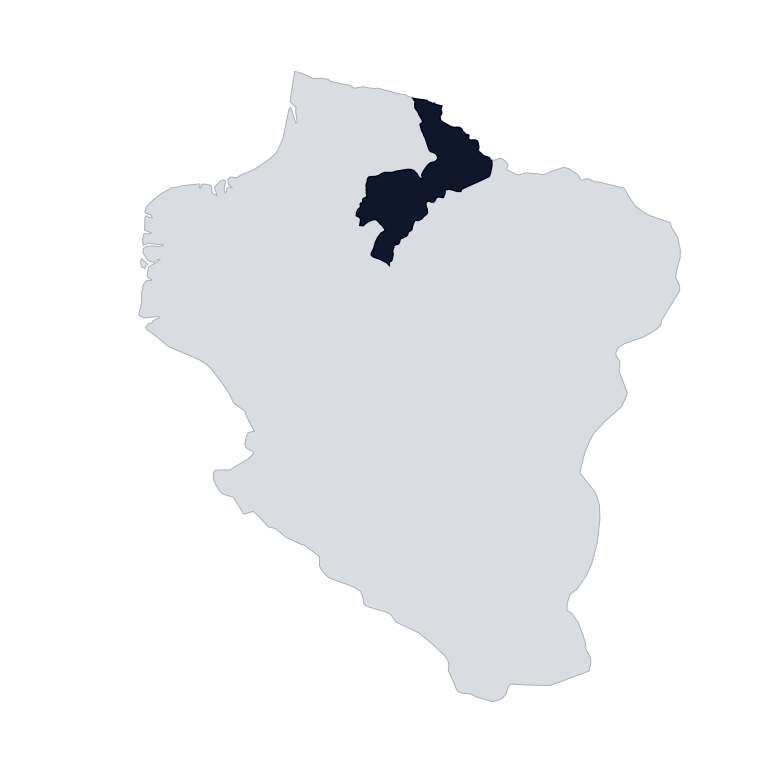 where Kwara sits in Nigeria, rotated 102°
{"feature_id": "NGA-2849", "entity_name": "Kwara", "entity_type": "State", "adm_level": 1, "iso_a3": "NGA", "parent_name": "Nigeria", "parent_adm1": "", "projection": "natural_earth1", "projection_center": [4.317, 9.059], "detail": "fine", "context": "in_parent", "style": "filled", "palette": "ink", "viewbox_px": 768, "rotation_deg": 102, "n_neighbors": 0, "source": "natural_earth", "source_scale": "10m", "svg_char_len": 7229}
<svg xmlns="http://www.w3.org/2000/svg" viewBox="0 0 768 768"><g transform="rotate(102 384 384)"><path d="M622.0,123.6L644.4,158.9L649.3,185.1L651.2,198.0L654.9,199.5L661.8,200.2L666.8,202.8L669.8,207.1L671.7,211.1L672.1,213.5L670.8,229.2L669.2,234.9L670.2,242.6L669.9,245.9L669.2,248.2L666.2,250.8L662.0,253.3L652.1,260.8L649.2,261.9L645.0,262.1L641.4,264.0L637.1,268.0L628.0,283.0L620.2,298.1L614.5,322.5L607.6,330.1L606.4,336.9L605.4,352.1L604.3,356.7L603.2,358.0L595.7,360.9L591.4,364.4L588.8,371.3L585.6,394.8L584.5,398.6L582.0,402.7L578.2,407.1L574.9,409.5L566.2,411.1L558.1,428.7L558.0,431.8L554.4,447.8L548.1,459.9L547.7,467.7L539.9,478.3L535.8,485.5L540.0,493.1L540.4,494.3L526.8,507.1L526.0,509.0L525.4,517.8L524.4,520.2L521.9,523.5L518.2,527.0L514.5,529.8L510.3,531.7L506.2,532.4L503.9,531.3L502.6,528.6L500.3,517.8L499.1,515.5L496.5,513.4L485.9,501.5L479.6,497.3L478.2,497.6L477.1,498.7L475.4,504.7L473.6,506.9L470.2,507.7L464.4,507.8L460.2,506.9L459.2,505.7L457.2,501.0L444.1,511.9L439.6,514.3L433.8,527.1L425.6,533.5L419.9,539.1L404.8,556.5L401.8,561.7L398.8,569.3L392.3,602.1L381.9,622.6L380.5,627.0L379.9,626.8L378.5,628.7L374.4,627.5L372.6,623.7L370.1,623.1L365.8,617.5L364.8,618.4L369.4,632.6L367.8,638.1L354.9,638.2L343.9,640.1L336.3,639.9L332.5,637.9L330.8,632.6L330.1,633.2L329.7,636.0L327.3,638.2L318.8,638.7L315.0,635.0L312.0,631.0L308.7,629.2L309.2,630.9L313.0,634.8L312.5,640.5L305.7,647.1L301.3,647.5L298.6,644.6L297.2,640.0L296.5,633.2L294.7,628.7L293.7,628.7L294.9,636.1L295.0,643.1L298.3,648.4L293.2,650.1L287.2,650.3L286.5,648.3L285.7,643.8L284.6,642.7L283.4,650.2L271.1,652.4L269.3,652.0L268.9,650.6L269.9,648.5L269.7,645.1L266.9,647.8L266.5,653.0L264.9,653.8L260.2,653.1L255.1,650.4L246.7,643.8L236.5,633.1L234.8,628.2L231.9,622.3L226.6,606.0L227.5,605.2L229.9,606.1L231.1,604.6L226.8,603.5L225.9,602.3L225.6,598.7L225.8,594.3L232.3,592.0L233.8,589.3L234.6,586.6L226.7,590.7L219.2,586.0L217.6,583.3L218.4,581.1L227.1,580.9L230.1,578.9L228.2,578.1L225.0,578.2L223.7,576.8L223.8,573.5L222.8,574.2L221.4,577.2L216.4,579.4L213.4,577.2L213.1,572.3L212.5,570.1L210.0,568.4L201.2,555.6L190.2,544.8L180.4,537.4L165.6,533.9L134.6,534.1L132.9,533.0L134.8,531.3L137.5,530.2L147.5,524.2L145.8,523.4L135.4,527.2L131.9,527.5L127.3,534.7L96.8,536.3L96.9,533.0L98.2,523.6L100.1,517.0L98.0,509.1L97.6,501.9L98.8,499.7L99.3,497.0L99.0,478.6L100.6,475.9L100.7,474.0L97.5,466.2L97.5,460.2L96.9,454.4L95.9,451.7L97.1,429.3L96.7,423.7L97.7,419.8L98.3,410.1L98.2,400.6L100.3,385.7L113.3,383.7L116.5,377.8L118.3,370.4L117.8,363.0L122.0,356.6L127.1,350.9L126.9,344.6L128.3,342.7L130.8,341.2L134.2,340.5L138.1,337.4L140.3,331.9L142.4,323.1L139.1,317.0L139.1,315.7L140.4,312.4L142.5,309.1L144.1,308.1L147.9,308.9L149.1,307.6L151.5,298.0L151.3,295.4L147.8,288.9L145.9,271.4L144.8,269.1L142.1,265.9L134.8,253.6L135.0,247.8L138.0,240.3L140.0,236.7L142.8,234.7L143.4,233.0L142.6,230.9L141.2,229.3L140.8,225.9L142.2,221.3L141.8,216.1L142.5,189.8L148.5,184.6L157.1,176.0L161.5,167.0L163.8,160.2L166.7,137.5L171.3,135.1L179.9,126.9L191.6,122.0L199.2,120.5L212.6,121.5L219.4,120.7L225.1,116.2L227.7,114.9L231.4,114.2L264.7,125.9L267.8,125.4L270.3,126.2L274.5,129.3L284.3,140.3L294.7,157.3L297.9,160.9L301.1,162.9L304.4,163.6L306.9,163.3L309.2,161.7L312.4,158.5L317.3,157.0L321.3,157.3L342.1,144.3L344.1,144.1L356.8,146.9L374.3,160.0L388.5,168.5L398.5,171.3L410.2,173.4L430.2,174.0L445.2,155.7L450.8,151.7L457.5,148.1L471.5,144.7L494.7,142.4L516.5,143.4L530.1,146.6L544.5,152.5L550.7,158.2L560.4,159.2L567.3,158.0L569.5,152.4L576.4,144.9L586.8,138.0L595.2,133.2L602.2,131.0L608.4,125.5L613.4,123.8L622.0,123.6ZM319.6,645.9L314.9,647.6L311.8,647.2L316.1,639.8L318.2,641.4L320.9,642.0L319.6,645.9Z" fill="#d9dde1" stroke="#a8b0b8" stroke-width="1"/><path d="M136.0,340.8L136.9,339.8L138.1,337.2L139.7,335.0L140.2,333.9L140.5,329.1L140.8,328.2L141.5,327.4L142.3,327.0L142.9,326.5L143.3,325.2L143.3,324.9L143.6,324.8L147.8,323.9L155.6,323.7L158.9,324.2L160.2,325.5L176.5,347.6L177.2,348.3L178.0,348.8L179.6,348.8L180.4,352.6L179.9,357.1L179.9,361.3L181.5,364.5L185.0,364.0L189.2,364.7L189.3,365.0L189.5,367.2L189.4,368.2L189.5,368.2L189.6,369.2L189.8,370.1L190.2,370.9L190.9,371.5L191.7,371.9L194.1,372.3L195.4,372.9L196.0,374.1L196.1,375.6L195.8,377.2L195.9,378.9L196.8,380.0L198.2,380.5L199.6,380.4L201.6,379.7L203.8,378.3L206.9,377.2L207.5,377.1L208.2,377.3L209.4,378.0L209.4,378.3L210.3,378.7L211.9,380.0L214.5,381.4L215.2,382.0L216.0,383.3L216.8,384.3L217.1,384.9L217.1,385.4L217.1,386.0L217.1,386.7L217.5,387.4L218.0,387.9L218.8,388.2L223.4,389.0L226.6,388.8L227.3,389.0L227.9,389.3L228.4,389.8L229.3,390.8L229.9,391.4L230.5,391.7L231.1,391.9L232.6,391.9L233.3,392.1L233.9,392.4L234.6,392.8L234.9,393.1L235.5,394.0L236.5,395.0L237.0,395.6L237.3,396.2L237.8,397.1L238.0,397.4L238.6,398.0L239.4,398.3L242.2,398.4L242.5,398.4L243.6,398.9L244.0,399.0L244.6,400.2L245.3,401.3L245.9,402.3L246.2,402.7L246.7,402.9L249.3,402.9L251.4,403.2L252.2,403.3L252.7,403.1L254.3,402.3L255.5,402.0L260.8,402.0L261.5,402.1L262.2,402.4L263.7,404.0L264.1,404.2L266.7,403.6L264.7,406.6L262.7,414.4L262.0,420.2L261.5,421.9L260.5,423.2L258.9,423.6L253.6,422.2L246.9,421.8L242.1,420.6L237.2,418.4L234.8,415.7L232.9,414.8L230.7,417.1L225.2,425.0L224.8,426.9L226.3,430.1L227.0,431.1L227.8,431.9L228.3,432.9L230.3,435.0L233.5,437.3L233.9,440.7L228.7,440.9L227.0,441.5L225.9,442.9L225.7,444.7L225.1,446.1L224.6,446.2L224.2,446.1L222.2,446.5L221.0,446.2L219.1,446.0L215.9,443.7L212.8,444.7L211.8,444.2L211.6,443.3L211.0,442.9L210.3,442.7L207.5,443.1L206.1,442.0L205.1,440.1L203.0,440.0L201.1,441.0L198.4,441.2L198.1,441.6L198.0,441.3L196.7,441.6L195.4,442.2L192.7,442.9L189.5,442.5L186.4,442.7L185.6,442.1L184.8,441.9L184.2,440.8L182.8,435.5L181.0,432.2L179.8,431.2L178.7,430.1L176.9,427.1L175.3,419.6L173.5,416.6L169.2,405.6L168.6,402.2L169.2,398.8L170.3,397.6L171.1,396.2L172.3,394.8L173.9,393.7L175.6,391.0L174.7,388.8L172.3,390.5L171.0,390.5L167.5,389.6L161.7,387.2L159.6,385.9L157.7,384.1L156.6,381.6L155.2,379.6L153.0,378.4L150.7,378.7L148.5,380.5L147.3,383.2L146.9,386.9L145.9,388.1L144.8,389.0L134.8,394.8L132.7,396.6L130.8,397.7L128.6,399.6L122.9,402.6L122.3,402.7L121.8,402.0L121.2,401.7L120.8,401.1L120.0,400.9L119.3,401.0L118.1,401.4L117.1,402.1L115.1,404.1L114.2,404.8L113.4,405.5L113.0,406.0L111.9,406.5L109.3,409.0L108.4,410.3L107.2,411.2L103.4,412.2L102.5,412.1L101.5,412.1L99.0,414.6L98.7,415.0L97.7,401.2L97.7,400.6L98.0,400.2L98.8,399.7L99.1,399.4L99.2,398.9L98.9,398.1L98.8,397.6L99.0,396.7L99.6,395.1L99.7,394.2L99.5,393.9L99.2,393.8L99.0,393.6L98.9,393.2L99.1,393.1L99.6,392.1L99.8,391.8L100.0,390.2L100.1,386.7L100.0,385.2L103.7,385.5L104.4,385.4L104.8,385.0L105.2,384.5L105.8,384.1L106.3,384.0L107.8,384.0L108.3,384.0L108.8,384.3L109.3,384.7L109.8,385.0L110.3,385.0L113.6,384.0L114.8,383.0L115.6,381.3L117.2,375.5L118.2,373.3L118.5,372.2L118.5,368.5L118.3,367.6L117.7,365.8L117.4,364.2L117.6,362.7L118.5,360.9L118.9,360.6L119.6,360.3L120.0,360.0L123.0,355.5L123.0,355.2L122.8,354.5L122.7,354.1L123.1,352.7L123.8,352.5L124.8,352.7L125.6,352.7L127.2,351.7L127.6,350.2L127.2,348.5L126.6,346.8L126.4,345.7L126.5,344.4L126.9,343.3L127.7,342.6L131.2,341.0L133.1,340.4L136.0,340.8Z" fill="#0f172a" stroke="#020617" stroke-width="1.5"/></g></svg>